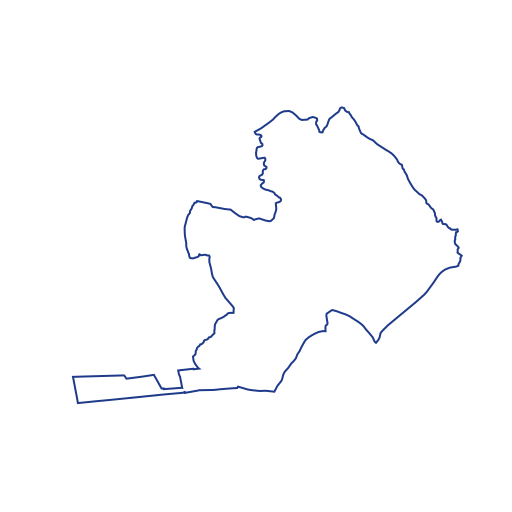 Totolac, Tlaxcala, Mexico (Albers equal-area conic projection), rotated 349°
{"feature_id": "50627088B53783238434926", "entity_name": "Totolac", "entity_type": "district", "adm_level": 2, "iso_a3": "MEX", "parent_name": "Mexico", "parent_adm1": "Tlaxcala", "projection": "albers", "projection_center": [-98.25, 19.338], "detail": "fine", "context": "isolated", "style": "outline", "palette": "blue", "viewbox_px": 512, "rotation_deg": 349, "n_neighbors": 0, "source": "geoboundaries", "source_scale": "gbopen_adm2", "svg_char_len": 6161}
<svg xmlns="http://www.w3.org/2000/svg" viewBox="0 0 512 512"><g transform="rotate(349 256 256)"><path d="M248.1,392.7L250.5,389.8L251.5,388.4L252.9,387.0L255.3,385.0L256.9,383.6L257.4,383.0L258.0,382.1L260.1,377.8L261.4,375.9L262.9,374.5L266.4,371.9L269.4,368.9L270.6,367.9L272.2,366.9L274.7,364.9L275.9,363.6L277.8,360.5L280.8,357.5L283.0,354.4L285.9,350.9L288.4,348.1L291.9,346.0L295.7,344.5L299.1,343.4L303.1,342.5L307.4,342.5L309.9,343.1L310.6,339.0L311.0,337.9L311.7,337.3L312.8,336.8L313.1,336.4L313.4,335.6L313.6,328.9L313.8,327.5L314.4,326.1L319.7,323.8L320.5,323.6L321.2,323.9L324.5,325.5L329.4,328.5L331.6,329.7L333.2,330.7L336.4,333.0L340.6,337.1L343.9,340.2L346.4,343.0L347.5,344.5L348.1,345.3L349.9,349.0L352.0,352.5L354.9,357.8L355.2,358.5L355.9,362.0L356.2,362.8L357.2,364.1L360.3,361.5L361.9,359.3L363.5,355.6L364.4,354.6L366.7,352.9L372.6,349.0L404.2,331.7L413.7,326.1L416.9,323.7L425.8,315.4L430.2,310.9L432.8,308.7L435.2,307.1L438.7,305.5L441.2,304.9L444.4,304.4L450.3,304.6L452.7,304.2L453.0,303.2L453.8,301.8L454.4,301.4L455.4,300.1L455.8,299.2L456.1,298.2L456.2,297.7L456.1,297.1L458.0,294.9L454.5,291.3L455.0,289.2L455.1,288.3L455.5,287.6L456.1,287.2L456.5,286.7L456.5,286.2L455.5,284.5L454.5,283.1L454.1,282.8L453.8,281.6L453.8,279.7L454.3,278.3L454.6,278.0L454.9,277.1L455.0,275.6L455.9,274.3L456.0,273.6L456.9,270.9L457.0,270.8L457.7,270.9L458.0,270.8L458.3,270.6L458.9,270.3L458.9,268.3L458.0,268.2L456.9,268.4L456.1,268.1L453.5,267.6L452.9,267.3L452.3,266.9L452.0,266.0L451.3,265.8L450.9,265.5L449.9,264.1L449.5,263.2L449.4,262.5L448.4,261.0L447.9,260.8L446.1,260.4L445.7,260.3L445.4,259.9L445.3,259.5L445.2,257.9L444.5,255.6L443.6,255.9L443.0,256.5L442.3,257.0L441.7,257.2L441.1,257.2L440.2,256.8L439.9,256.3L440.0,255.2L440.3,254.0L440.3,252.7L439.7,251.6L439.6,249.6L439.8,248.5L439.7,247.6L439.4,246.7L439.2,245.2L438.6,243.8L437.6,242.9L436.9,242.0L435.6,239.0L435.0,238.1L434.3,237.6L433.7,237.0L433.4,236.6L433.4,235.9L433.6,234.7L433.5,233.4L433.1,232.6L432.2,230.9L430.4,228.2L428.2,226.4L424.3,221.1L422.9,218.2L421.0,213.0L419.8,209.0L419.5,205.8L417.8,201.0L417.6,199.2L416.9,198.6L416.6,197.6L416.6,194.3L415.3,193.5L414.1,192.1L413.3,190.4L412.9,188.3L410.7,184.0L408.7,181.2L405.8,178.3L404.1,176.9L396.5,169.6L394.7,167.3L393.8,165.8L392.5,164.4L390.4,163.1L387.3,160.3L386.5,159.2L385.4,158.4L384.9,157.5L383.6,156.5L383.0,156.1L382.5,155.2L381.6,151.5L381.3,148.0L380.6,147.5L379.9,145.5L379.3,143.4L378.2,140.7L376.6,138.1L376.0,136.0L375.1,134.3L374.6,132.5L373.1,132.1L371.3,130.2L370.7,127.6L368.5,126.5L366.7,127.1L365.8,128.7L364.4,130.3L360.7,132.0L357.4,133.9L355.9,134.6L354.2,135.5L352.7,137.8L351.4,140.2L350.0,142.2L347.8,143.4L345.8,145.6L344.9,147.3L343.0,146.9L342.0,146.3L342.0,144.9L341.6,142.7L340.8,139.7L340.1,137.9L340.7,135.7L341.9,134.7L342.1,132.7L340.7,131.6L338.3,130.4L335.8,130.6L334.0,131.0L332.6,131.9L326.9,131.2L324.5,129.4L322.4,126.0L319.4,122.2L316.4,120.1L314.1,119.7L311.0,119.3L307.6,120.0L305.4,120.9L301.7,123.1L298.5,125.4L294.4,127.5L285.2,131.7L278.4,133.9L278.6,134.9L279.0,136.1L279.8,136.8L281.9,137.3L283.1,137.8L284.1,138.6L284.2,139.5L283.8,140.2L282.9,140.3L282.3,140.7L281.9,141.4L281.9,142.1L282.4,145.8L283.6,147.2L283.5,148.5L282.9,149.2L281.9,149.4L278.8,149.5L277.8,149.8L276.9,151.3L276.5,152.9L275.8,154.4L275.4,157.1L275.5,158.9L276.0,160.4L276.5,160.9L277.2,161.0L283.0,161.1L283.6,161.8L283.6,163.0L283.3,164.0L282.0,165.4L281.3,166.6L281.3,168.6L283.3,170.6L283.0,171.7L282.1,172.5L280.3,172.4L279.1,173.4L278.7,174.7L278.4,176.4L277.6,177.3L275.6,177.9L274.5,178.4L274.0,179.4L274.0,180.6L274.6,181.6L275.4,182.1L278.1,183.0L278.1,184.1L277.6,185.3L275.9,186.0L274.1,187.5L274.2,188.8L274.7,189.9L276.5,191.6L279.2,193.3L280.5,193.6L282.6,195.1L284.4,195.9L285.4,196.9L286.2,197.9L286.4,199.1L289.0,201.8L289.7,202.9L290.8,203.5L291.4,205.4L290.7,206.8L289.0,207.5L286.7,207.6L285.5,208.0L285.3,209.9L285.0,213.1L284.4,215.1L281.8,219.6L281.6,220.4L280.6,222.4L277.3,224.4L276.3,224.5L275.1,224.2L271.9,222.9L266.3,219.7L263.2,219.8L260.7,220.2L259.6,218.8L257.5,217.3L253.6,215.4L252.0,215.7L250.9,215.6L247.2,213.6L243.5,209.8L239.9,205.6L234.5,204.0L225.0,200.2L223.4,199.9L222.9,199.6L222.3,198.7L221.2,196.2L218.7,195.0L208.6,190.8L208.1,191.4L208.0,191.8L207.1,192.2L206.2,191.9L205.8,192.0L204.1,194.2L203.0,194.9L202.1,196.8L201.0,198.1L200.3,198.7L199.7,199.5L199.4,201.0L198.5,202.0L197.2,202.8L195.4,205.8L192.9,211.1L192.0,212.8L191.2,215.2L190.4,220.2L190.1,222.8L190.0,227.9L190.0,230.2L189.5,232.3L189.4,234.7L189.6,235.8L189.5,236.3L189.8,237.1L189.9,237.9L190.1,238.6L190.1,239.6L190.6,241.1L190.5,242.2L190.5,243.5L190.7,245.0L191.1,245.5L192.9,246.1L193.8,246.3L194.5,246.3L195.5,246.0L197.4,246.0L198.8,245.7L200.0,245.0L200.5,243.7L200.8,243.5L201.1,243.7L202.1,244.8L203.4,244.9L205.3,244.9L206.2,245.1L207.2,245.4L207.8,246.0L208.9,246.3L209.9,246.5L210.3,247.3L210.3,248.4L209.7,249.6L209.1,252.9L209.1,253.7L209.5,260.1L209.4,264.9L209.6,268.2L210.6,270.9L212.4,275.2L214.1,279.6L215.9,285.4L217.0,288.7L217.7,290.4L217.8,291.0L223.1,300.2L224.3,302.6L223.1,307.5L219.9,306.9L218.3,306.8L216.9,307.2L216.1,308.1L214.3,308.7L213.3,309.3L211.1,310.0L209.8,310.4L208.8,310.5L206.5,311.1L205.7,311.8L202.8,315.2L202.3,316.4L201.5,319.7L200.8,321.6L200.4,324.0L199.7,324.3L196.0,326.9L194.2,326.9L193.7,327.4L193.5,327.9L192.2,328.6L189.6,328.8L188.8,329.3L188.4,330.3L187.7,331.0L185.9,332.1L185.4,332.2L184.4,332.1L183.7,332.9L183.5,333.3L183.0,333.6L182.2,333.8L181.3,334.4L180.2,335.7L180.0,336.4L178.7,337.8L178.5,339.0L177.7,341.0L175.0,342.7L174.8,345.4L174.8,347.3L175.7,350.4L177.7,354.7L178.6,355.7L173.1,355.3L173.0,354.7L157.8,353.5L157.8,357.5L158.4,360.1L158.4,371.4L157.9,371.2L140.0,369.1L140.1,368.4L138.0,368.0L133.1,353.2L121.1,352.7L105.4,351.7L104.5,349.4L103.6,348.0L53.3,339.7L53.2,363.2L53.1,366.4L70.7,368.0L83.8,369.3L139.6,374.4L157.9,376.3L160.0,375.9L159.9,376.8L173.4,377.0L174.5,376.9L188.2,379.3L192.8,379.8L193.8,379.8L206.3,381.2L212.5,382.0L213.4,380.8L222.3,385.4L225.1,386.5L231.8,388.6L234.8,389.4L238.6,389.9L240.4,390.3L248.1,392.7Z" fill="none" stroke="#1e3a8a" stroke-width="2"/></g></svg>